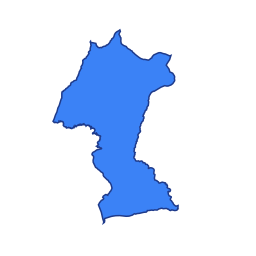 outline of Sapuyes, Nariño, Colombia, rotated 68°
{"feature_id": "7082276B44566424011980", "entity_name": "Sapuyes", "entity_type": "district", "adm_level": 2, "iso_a3": "COL", "parent_name": "Colombia", "parent_adm1": "Nariño", "projection": "natural_earth1", "projection_center": [-77.678, 1.042], "detail": "fine", "context": "isolated", "style": "filled", "palette": "blue", "viewbox_px": 256, "rotation_deg": 68, "n_neighbors": 0, "source": "geoboundaries", "source_scale": "gbopen_adm2", "svg_char_len": 5941}
<svg xmlns="http://www.w3.org/2000/svg" viewBox="0 0 256 256"><g transform="rotate(68 128 128)"><path d="M206.9,186.3L206.6,185.2L205.4,184.4L203.7,183.9L203.2,183.4L203.7,176.9L204.0,175.2L204.7,172.3L206.1,168.5L209.2,162.7L210.1,160.0L210.4,156.6L209.9,154.1L210.7,153.1L210.7,151.8L211.4,149.4L212.1,144.9L212.8,142.6L212.5,141.7L211.8,141.0L212.4,139.4L213.0,136.7L213.8,135.5L213.9,134.0L215.0,131.7L214.6,129.7L214.8,128.7L214.8,127.4L215.3,126.3L216.0,125.7L216.9,122.7L217.5,121.9L218.0,121.7L218.5,120.8L219.7,120.4L220.4,119.6L220.5,119.3L220.3,118.1L222.1,115.5L222.4,114.2L222.4,113.2L221.7,111.9L221.3,112.2L220.4,111.4L218.6,110.6L218.5,112.7L217.9,113.3L215.9,114.3L214.0,114.4L212.6,114.9L211.9,114.9L210.6,115.6L209.7,115.4L208.4,113.8L208.0,113.7L207.3,114.2L206.4,115.2L204.8,115.4L202.1,114.8L201.9,114.3L202.6,113.4L202.6,113.0L202.2,112.4L201.4,111.8L200.0,112.1L199.1,113.3L197.9,114.0L196.5,113.1L195.6,113.0L195.1,113.7L194.5,113.3L193.7,114.3L192.9,113.9L191.0,116.6L190.9,119.3L190.6,119.9L189.3,120.0L188.6,120.7L187.7,120.9L186.1,122.7L185.3,122.4L184.5,122.4L181.4,120.5L181.0,120.6L180.3,121.2L179.7,121.1L176.9,119.5L175.8,119.5L174.6,120.2L173.9,120.9L173.2,122.3L173.3,123.8L173.1,124.2L172.7,124.1L172.3,123.6L170.8,123.2L170.1,123.6L169.1,123.8L168.7,124.2L168.3,125.3L167.1,125.2L166.2,126.0L165.9,127.0L164.6,127.1L164.0,127.4L163.5,128.2L163.4,130.0L162.5,130.4L162.0,132.2L161.3,133.1L158.9,133.3L158.1,133.7L157.5,133.6L156.8,133.2L156.3,132.3L155.5,132.2L155.0,131.4L154.2,131.4L153.6,130.5L153.3,130.6L152.7,131.1L152.1,131.2L149.7,129.8L149.1,129.8L148.5,128.3L146.9,127.7L145.6,126.7L145.1,125.9L143.7,125.4L143.5,124.3L142.8,124.3L141.8,123.7L141.6,123.0L141.0,122.7L140.5,122.0L140.1,121.7L138.3,121.5L137.7,121.1L137.1,119.8L136.5,119.1L136.4,118.4L135.9,117.8L135.4,117.5L134.5,117.7L133.2,117.0L131.5,116.7L130.6,115.4L128.9,114.6L128.6,113.7L127.8,113.2L127.0,111.3L125.5,110.4L124.8,109.5L123.5,109.1L122.7,109.7L122.3,109.2L121.5,108.9L121.1,108.0L120.4,107.7L120.1,107.0L118.4,105.5L118.1,104.1L117.6,104.0L117.2,103.2L116.1,102.8L115.3,101.9L114.8,100.8L111.5,99.0L110.2,99.0L109.0,97.8L107.4,97.2L106.0,96.0L104.2,93.7L103.6,92.2L103.4,90.7L103.7,90.3L103.7,89.6L102.5,82.1L102.5,78.1L103.5,76.6L104.1,75.1L104.2,72.0L103.6,69.8L101.8,67.2L101.2,66.8L99.4,66.4L98.1,65.6L97.0,65.5L94.1,66.0L93.4,66.5L91.7,68.2L88.7,67.9L84.1,69.0L83.1,67.9L80.2,63.8L76.8,61.0L76.8,61.9L76.6,62.5L73.5,65.5L72.1,67.6L70.4,69.5L69.8,71.0L69.7,72.0L69.9,76.7L70.9,78.8L71.9,79.6L72.0,80.8L72.6,82.4L72.7,83.7L70.7,86.7L70.3,87.9L68.4,90.1L66.4,91.5L62.2,93.9L60.7,94.5L59.7,95.2L58.1,95.4L57.3,96.3L56.1,96.8L54.7,98.1L53.6,98.7L51.8,99.1L49.9,101.1L47.6,102.5L46.5,102.6L46.0,102.3L44.9,102.2L42.8,101.2L41.6,100.8L40.9,101.1L39.8,101.0L37.9,101.3L36.8,100.5L35.6,98.9L34.0,98.8L34.4,100.3L34.5,102.0L35.1,103.9L36.2,105.4L38.2,107.0L39.2,108.7L39.3,109.7L40.1,110.3L40.8,111.9L41.3,112.2L42.1,113.2L43.1,115.3L43.2,116.4L43.0,116.9L43.7,118.1L43.3,119.4L43.2,120.6L43.4,121.1L43.3,121.7L43.6,122.1L43.6,122.6L43.0,123.3L42.9,124.5L42.0,125.6L40.8,125.8L40.1,126.4L37.5,126.1L34.7,130.3L34.4,130.5L33.6,130.3L33.7,130.5L34.4,130.9L35.5,130.8L36.9,131.3L37.6,131.3L38.6,132.2L40.5,133.5L41.8,133.8L42.7,136.0L43.4,136.4L44.1,136.2L44.4,136.4L46.1,138.9L46.4,139.8L47.4,140.7L47.6,141.3L47.4,142.0L48.3,144.6L50.6,145.4L52.3,146.7L53.4,148.4L54.0,148.8L55.2,148.8L55.6,149.8L56.8,150.9L57.4,151.9L59.2,153.2L60.0,154.1L60.7,154.3L61.1,155.2L62.0,156.0L62.6,156.9L63.4,157.2L64.2,157.9L64.0,160.4L64.5,161.5L64.6,163.6L65.9,164.9L66.5,165.0L66.7,165.3L67.1,166.5L67.0,167.6L67.9,168.6L68.3,171.0L68.9,171.5L69.2,173.5L69.7,174.1L69.5,174.4L69.8,174.7L69.8,175.6L70.7,176.2L75.5,178.2L76.2,179.2L81.4,183.4L83.2,185.5L86.5,187.9L88.7,190.3L92.3,193.4L93.7,195.0L94.9,194.5L95.2,193.7L95.5,193.9L96.2,192.1L96.9,191.4L96.7,189.9L95.9,189.5L96.5,189.1L96.2,188.6L96.8,188.5L96.8,188.3L96.3,187.9L96.8,187.3L97.3,187.0L97.2,186.6L97.3,186.5L97.9,186.0L98.2,186.1L98.6,185.9L99.0,186.1L99.7,186.0L100.2,186.5L100.8,186.5L101.2,187.0L102.8,186.6L103.8,185.0L104.4,185.3L105.0,185.0L105.1,183.9L105.4,183.4L105.2,182.7L105.9,182.2L106.1,181.5L106.7,181.5L107.0,180.6L107.4,180.5L107.5,180.1L107.2,179.0L107.5,178.3L106.9,178.2L106.5,177.7L107.1,177.8L107.2,177.6L106.7,176.8L107.0,176.2L106.3,175.9L107.3,175.4L106.8,174.7L106.9,174.1L106.5,173.5L107.1,172.8L106.5,172.4L106.4,171.9L107.1,171.6L106.7,170.9L107.6,170.7L107.4,169.7L108.0,169.7L107.9,168.4L108.4,167.8L108.2,167.5L107.5,167.8L107.5,167.3L108.8,167.0L109.8,165.9L110.1,166.2L110.5,166.2L110.2,165.5L110.3,164.0L111.0,163.8L111.2,162.9L112.0,162.9L112.9,161.4L113.1,161.4L113.0,162.2L113.2,162.5L113.8,162.0L114.1,162.5L114.9,162.8L114.9,162.5L114.2,162.1L114.3,161.7L114.9,161.2L115.0,160.4L115.6,160.2L115.9,159.5L116.9,159.3L117.7,159.5L119.0,160.8L119.4,162.6L119.8,162.9L120.2,162.9L120.3,162.4L120.3,161.4L120.8,160.5L120.8,159.1L121.1,159.1L121.7,160.0L122.2,159.0L122.9,159.4L123.4,158.2L124.3,157.8L124.5,157.2L124.9,157.1L124.9,156.7L125.2,156.5L125.7,156.7L126.7,157.8L127.8,157.8L128.2,158.7L129.1,159.0L129.4,160.7L130.0,161.7L130.7,161.9L132.0,161.5L132.3,162.2L132.9,162.5L133.1,163.9L133.8,163.2L134.6,163.5L134.9,163.1L134.7,162.2L134.8,161.8L135.7,161.5L136.7,160.2L137.1,160.2L137.3,160.4L136.6,165.2L137.3,167.7L137.4,169.3L137.8,170.3L138.6,171.1L139.3,171.4L141.1,170.6L142.0,170.7L143.2,171.3L144.7,172.4L146.7,173.1L152.3,172.8L153.7,171.8L155.3,171.2L156.5,170.3L158.2,169.7L160.1,168.3L161.4,168.2L162.7,168.7L163.8,168.6L168.4,166.6L169.2,165.9L170.7,165.9L171.9,165.2L174.0,164.9L177.5,165.3L178.1,165.6L179.8,167.4L180.6,169.0L181.5,170.0L182.0,171.4L182.8,172.0L181.6,173.1L181.3,173.7L181.9,176.4L182.8,177.4L183.9,176.9L184.5,177.1L185.1,178.4L185.1,179.7L186.6,182.4L187.7,183.6L188.1,184.2L196.1,184.3L202.8,185.4L205.4,185.6L206.3,185.8L206.9,186.3Z" fill="#3b82f6" stroke="#1e3a8a" stroke-width="1.5"/></g></svg>